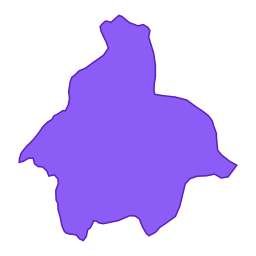 outline of Labe, Labé, Guinea
{"feature_id": "49546643B62226026687736", "entity_name": "Labe", "entity_type": "district", "adm_level": 2, "iso_a3": "GIN", "parent_name": "Guinea", "parent_adm1": "Labé", "projection": "robinson", "projection_center": [-12.343, 11.413], "detail": "fine", "context": "isolated", "style": "filled", "palette": "violet", "viewbox_px": 256, "rotation_deg": 0, "n_neighbors": 0, "source": "geoboundaries", "source_scale": "gbopen_adm2", "svg_char_len": 1613}
<svg xmlns="http://www.w3.org/2000/svg" viewBox="0 0 256 256"><path d="M228.1,176.9L236.8,165.2L229.7,161.3L222.2,155.5L217.7,150.3L216.5,138.1L216.4,133.5L213.6,125.7L212.5,121.5L210.7,118.6L207.8,115.2L203.1,111.5L196.0,106.8L186.7,100.0L175.0,97.0L162.6,95.6L154.7,94.3L154.0,90.5L154.2,84.5L155.4,76.8L155.4,65.2L153.7,53.3L148.7,37.2L149.9,30.6L147.9,27.4L143.4,24.6L137.9,25.8L129.8,22.8L127.5,21.1L121.7,16.3L118.8,15.4L110.8,22.5L110.2,22.1L108.1,21.5L107.1,21.1L106.5,21.3L105.4,21.1L102.4,23.7L100.1,26.6L101.1,31.4L106.3,42.3L108.3,48.1L103.5,55.2L96.5,60.2L93.3,62.4L85.1,68.4L79.0,70.9L74.7,75.2L71.8,77.3L70.3,81.3L68.7,91.3L69.5,98.7L68.2,105.2L65.9,109.8L65.4,110.7L62.9,110.6L58.2,113.7L53.8,116.0L51.9,119.5L49.2,121.1L47.1,122.5L43.2,126.4L42.3,127.6L38.2,133.6L33.6,139.3L30.0,143.0L26.4,146.5L22.6,151.2L20.8,153.9L19.4,159.2L19.2,162.4L20.7,162.0L23.3,161.3L28.6,158.2L33.1,158.2L34.7,164.0L38.3,166.6L42.7,167.0L46.8,170.9L48.9,176.1L54.3,174.9L58.0,179.0L58.2,183.8L55.8,190.4L55.9,195.0L56.2,200.4L57.9,203.5L58.1,209.6L59.3,214.0L60.0,216.4L61.0,221.1L61.6,224.4L62.2,226.4L64.1,230.9L65.7,232.8L69.4,234.1L72.6,234.3L76.2,235.0L78.5,237.6L79.6,238.9L83.3,240.6L86.3,236.4L87.6,230.0L90.4,227.7L92.4,223.8L93.7,220.7L96.7,221.3L98.9,222.9L103.3,223.7L118.3,220.6L129.7,215.7L135.1,216.0L139.4,219.0L142.3,226.5L146.4,233.6L149.0,235.8L155.7,232.1L159.0,228.3L159.2,227.8L165.4,223.6L171.8,219.0L175.4,216.4L179.8,206.3L182.4,195.5L185.2,183.9L190.1,178.6L197.5,176.2L206.4,175.8L210.0,175.1L214.5,174.1L221.1,178.0L228.1,176.9Z" fill="#8b5cf6" stroke="#5b21b6" stroke-width="1.5"/></svg>